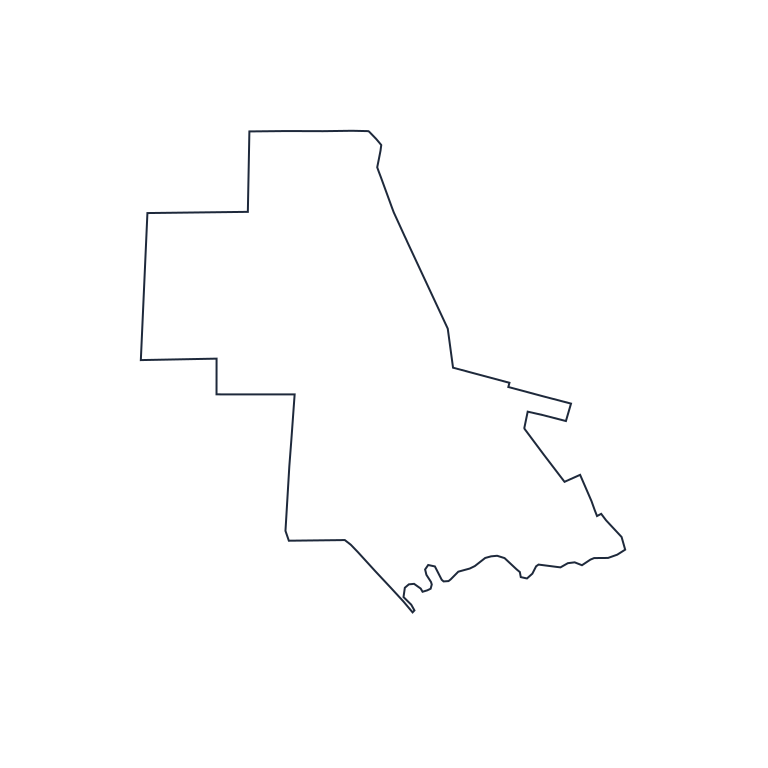 outline of Plosca, Teleorman, Romania, rotated 131°
{"feature_id": "2599482B28762716493728", "entity_name": "Plosca", "entity_type": "district", "adm_level": 2, "iso_a3": "ROU", "parent_name": "Romania", "parent_adm1": "Teleorman", "projection": "equal_earth", "projection_center": [25.135, 43.998], "detail": "fine", "context": "isolated", "style": "outline", "palette": "slate", "viewbox_px": 768, "rotation_deg": 131, "n_neighbors": 0, "source": "geoboundaries", "source_scale": "gbopen_adm2", "svg_char_len": 1472}
<svg xmlns="http://www.w3.org/2000/svg" viewBox="0 0 768 768"><g transform="rotate(131 384 384)"><path d="M525.3,583.0L474.7,527.0L501.7,503.6L450.5,444.6L486.9,417.3L508.3,401.4L533.9,381.7L559.5,362.0L564.7,353.0L527.5,311.2L527.1,303.6L528.0,293.5L531.0,267.8L533.3,245.4L535.4,226.6L537.6,212.6L534.9,212.5L532.7,218.6L532.0,229.5L524.1,234.6L518.9,233.8L515.1,230.2L514.7,226.1L514.3,222.1L515.5,218.6L511.4,216.0L507.9,214.5L504.0,216.4L502.6,218.6L500.2,226.8L497.0,231.3L491.6,231.9L488.3,225.9L493.9,212.0L493.9,209.5L490.4,206.0L487.7,205.5L476.9,204.8L467.0,198.2L461.8,196.0L448.9,193.5L443.8,190.1L439.4,185.9L436.3,178.8L436.9,162.3L436.8,158.1L440.0,154.1L437.3,149.1L436.9,148.5L429.8,147.6L425.8,148.6L421.8,149.6L418.9,148.9L408.5,133.3L406.6,130.5L398.6,127.7L393.5,123.1L390.9,115.7L381.1,113.0L377.5,111.2L368.3,100.8L359.8,96.0L350.8,93.3L343.6,104.3L341.2,126.9L339.5,134.9L343.9,136.6L340.9,142.3L336.3,150.5L323.9,176.4L339.4,183.6L332.5,217.1L325.7,248.3L325.2,249.2L310.6,257.4L303.5,244.2L292.6,222.4L276.1,230.0L288.2,254.4L304.7,288.2L300.8,290.1L326.4,342.6L300.4,372.2L261.6,459.4L260.2,462.4L258.9,465.4L251.9,480.8L248.1,489.2L245.5,494.0L241.5,501.2L230.0,522.0L227.0,527.6L224.9,531.3L217.5,535.5L210.2,539.7L207.2,541.7L205.5,542.8L205.4,543.0L204.2,550.6L203.3,560.9L203.5,561.8L213.9,574.3L233.2,595.9L257.2,623.7L281.7,651.3L343.4,599.7L410.2,674.7L525.5,583.2L525.3,583.0Z" fill="none" stroke="#1e293b" stroke-width="2"/></g></svg>